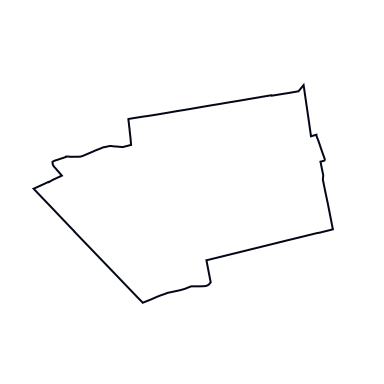 outline of Vladila, Olt, Romania, rotated 157°
{"feature_id": "2599482B56723681646749", "entity_name": "Vladila", "entity_type": "district", "adm_level": 2, "iso_a3": "ROU", "parent_name": "Romania", "parent_adm1": "Olt", "projection": "natural_earth1", "projection_center": [24.392, 44.002], "detail": "fine", "context": "isolated", "style": "outline", "palette": "ink", "viewbox_px": 384, "rotation_deg": 157, "n_neighbors": 0, "source": "geoboundaries", "source_scale": "gbopen_adm2", "svg_char_len": 2518}
<svg xmlns="http://www.w3.org/2000/svg" viewBox="0 0 384 384"><g transform="rotate(157 192 192)"><path d="M189.9,276.0L193.2,276.8L194.5,277.1L202.4,279.1L205.1,279.8L205.6,280.0L206.4,280.2L208.3,280.7L211.6,281.5L216.7,282.8L221.8,284.0L222.1,284.0L223.7,278.5L224.0,277.5L224.1,277.3L224.8,274.7L225.6,272.2L226.1,270.6L227.0,267.5L227.1,267.2L227.5,265.8L229.7,259.1L231.3,259.4L232.8,259.6L234.4,259.8L235.9,260.1L237.6,260.3L238.4,260.5L239.3,261.0L240.2,261.5L241.2,262.0L242.3,262.6L244.6,263.8L245.9,264.4L247.5,265.4L248.4,265.9L249.0,266.2L249.9,266.5L253.0,267.1L254.6,267.4L256.2,267.8L258.2,267.8L259.9,267.8L261.9,267.9L263.3,267.9L265.2,268.0L267.0,267.9L268.8,267.9L269.3,267.9L271.1,267.9L272.6,267.9L274.5,267.9L276.7,267.9L278.7,267.9L279.6,268.0L280.1,268.0L280.9,268.2L281.9,268.5L283.4,269.1L285.4,269.9L286.1,270.3L286.6,270.4L286.9,270.6L287.9,270.9L288.3,271.1L289.4,271.6L290.5,272.1L291.4,272.6L292.4,273.1L293.2,273.5L293.8,273.8L294.3,273.8L294.4,273.5L295.0,273.6L297.2,273.7L298.9,273.9L300.5,274.0L303.0,274.2L305.0,274.4L306.8,274.5L308.0,274.4L308.6,274.3L308.9,273.5L309.1,273.0L309.3,272.2L309.3,271.8L309.4,271.4L309.4,270.6L309.1,269.4L308.8,268.3L308.2,266.7L308.1,266.2L307.9,265.8L307.6,264.5L307.3,263.9L307.2,263.6L306.9,262.6L306.3,260.6L305.8,259.2L305.4,257.9L315.3,257.6L320.0,257.0L320.2,257.4L324.9,257.2L336.3,256.9L336.5,256.9L332.4,245.9L326.2,229.6L325.2,226.9L324.0,223.7L319.5,211.7L315.6,201.5L315.7,201.4L283.0,115.5L280.9,110.2L280.6,109.3L275.3,109.2L272.0,109.1L265.5,109.2L261.2,109.1L257.2,108.8L253.6,108.7L252.0,108.3L247.3,107.4L243.1,106.6L240.2,106.1L237.8,105.8L235.5,105.6L233.2,105.6L229.8,105.5L228.7,105.1L225.6,103.8L222.1,102.3L218.8,101.0L215.9,100.0L213.2,100.1L211.7,100.7L210.1,101.5L205.4,123.5L123.4,110.3L109.4,108.0L98.3,106.2L93.3,105.4L90.5,104.7L78.4,102.8L76.9,102.6L76.7,103.2L76.7,103.6L71.5,128.3L69.6,138.1L66.7,152.3L64.7,156.0L61.9,169.7L58.4,169.2L57.7,169.3L57.3,169.6L57.0,170.2L56.9,170.9L56.8,172.7L56.5,178.4L56.1,183.8L55.9,186.4L55.7,189.0L55.6,191.2L55.6,193.1L55.4,195.4L55.1,196.1L60.7,196.8L57.4,209.1L47.5,246.8L54.6,243.1L64.5,245.4L69.2,246.6L81.0,249.5L81.0,250.0L89.6,252.1L96.5,253.7L105.2,255.8L106.2,256.0L110.4,257.0L112.9,257.6L117.0,258.6L125.2,260.6L133.3,262.5L141.0,264.4L141.5,264.5L143.1,264.9L153.3,267.3L160.6,269.0L165.2,270.1L165.7,270.2L168.5,270.9L174.5,272.4L175.0,272.5L178.4,273.3L179.7,273.6L186.9,275.3L189.8,276.0L189.9,276.0Z" fill="none" stroke="#020617" stroke-width="2"/></g></svg>